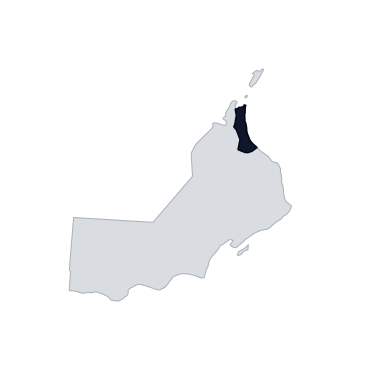 Oman, with Al Batnah North highlighted, rotated 25°
{"feature_id": "OMN-2424", "entity_name": "Al Batnah North", "entity_type": "Region", "adm_level": 1, "iso_a3": "OMN", "parent_name": "Oman", "parent_adm1": "", "projection": "natural_earth1", "projection_center": [56.548, 24.234], "detail": "fine", "context": "in_parent", "style": "filled", "palette": "ink", "viewbox_px": 384, "rotation_deg": 25, "n_neighbors": 0, "source": "natural_earth", "source_scale": "10m", "svg_char_len": 3675}
<svg xmlns="http://www.w3.org/2000/svg" viewBox="0 0 384 384"><g transform="rotate(25 192 192)"><path d="M122.4,333.4L121.0,329.6L119.5,325.8L118.0,321.9L116.5,318.1L115.5,315.4L113.7,314.5L112.7,311.6L111.6,308.7L110.5,305.8L109.4,302.9L108.4,300.0L107.3,297.1L106.2,294.2L105.1,291.3L104.1,288.4L103.0,285.5L101.9,282.6L100.9,279.7L99.8,276.7L98.7,273.8L97.6,270.9L96.6,268.0L95.5,265.1L99.0,263.7L103.2,262.1L107.5,260.4L111.7,258.7L116.0,257.1L120.2,255.4L124.4,253.7L128.7,252.1L132.9,250.4L137.2,248.7L141.4,247.1L145.6,245.4L149.9,243.7L154.1,242.0L158.4,240.4L162.6,238.7L166.8,237.0L169.4,236.0L170.5,232.1L171.4,228.9L172.4,225.7L173.3,222.5L174.2,219.2L175.1,216.0L176.0,212.8L176.9,209.6L177.8,206.3L178.7,203.1L179.6,199.9L180.5,196.7L181.4,193.4L182.3,190.2L183.2,187.0L184.1,183.8L185.0,180.5L185.8,177.6L184.3,174.7L182.2,170.9L180.1,166.9L178.0,163.1L176.5,160.4L174.8,157.1L175.0,152.8L174.9,150.7L175.1,147.5L176.9,142.9L178.9,137.2L180.4,133.4L181.7,130.0L182.7,127.3L183.3,124.6L183.0,122.7L182.3,122.0L181.7,121.0L183.7,119.6L187.3,118.6L189.3,118.8L192.1,118.1L194.3,117.5L194.5,116.6L193.9,115.2L193.0,113.0L189.8,112.8L188.9,112.2L190.0,109.1L189.9,108.1L189.5,107.0L189.1,105.0L189.3,102.5L189.9,100.8L190.0,99.4L189.6,96.5L189.8,94.0L190.4,92.7L191.6,91.6L192.7,91.0L193.8,91.0L194.7,91.5L195.1,92.8L194.9,93.8L194.2,93.9L194.0,94.3L194.9,96.0L196.3,97.8L197.3,97.5L198.5,96.1L199.7,95.0L201.2,94.0L202.3,92.2L203.3,90.9L204.2,90.8L206.6,98.4L210.3,105.6L213.6,109.6L216.9,114.9L222.1,119.9L224.4,121.6L234.0,125.0L239.2,126.3L246.4,127.6L251.4,130.3L253.1,130.5L255.7,129.7L257.6,129.7L262.3,133.4L263.8,136.9L265.7,138.7L267.5,141.6L268.7,144.7L272.7,149.3L275.6,154.5L278.5,158.4L281.1,160.8L285.0,161.7L288.1,162.8L288.5,165.4L288.2,168.7L287.6,171.2L284.7,176.1L284.1,179.0L280.8,184.0L277.2,192.2L275.6,194.1L269.9,198.3L265.6,203.5L260.6,212.4L256.8,221.2L255.4,224.0L252.3,224.6L250.2,224.4L248.8,223.5L249.4,221.1L249.7,218.4L247.9,218.7L246.2,219.3L242.4,225.9L240.3,228.8L239.9,232.5L238.9,237.2L237.4,241.6L236.7,245.3L236.8,247.3L237.9,252.4L238.0,257.6L238.6,260.8L239.2,264.5L237.4,265.7L235.8,266.2L229.7,266.6L223.5,267.8L218.1,270.0L214.9,272.2L210.7,277.0L208.1,289.3L204.0,294.5L201.2,295.5L194.5,296.0L185.0,297.4L181.7,298.7L176.1,306.2L175.7,308.5L176.8,310.2L177.1,312.1L176.6,313.9L174.1,318.6L171.4,322.1L164.2,324.2L161.5,322.9L159.1,322.3L154.4,322.2L146.8,323.0L143.9,325.6L139.5,327.4L135.4,330.2L127.7,331.2L122.4,333.4ZM202.0,71.2L201.5,71.8L200.8,71.9L199.2,71.3L198.3,70.0L198.4,68.4L198.5,65.4L198.9,62.6L198.8,59.6L197.6,59.0L196.7,59.1L198.8,54.9L199.5,54.3L200.3,54.6L202.2,54.1L203.2,51.8L203.9,50.6L204.8,50.7L205.2,51.4L204.9,54.9L204.9,57.8L203.8,66.7L202.7,68.2L202.2,69.5L202.0,71.2ZM261.5,229.5L259.9,230.0L259.5,229.8L259.5,226.1L263.1,221.4L265.4,216.1L267.1,220.9L264.2,223.5L262.7,228.1L261.5,229.5ZM201.6,83.3L200.6,84.1L199.8,83.9L200.0,82.4L200.4,81.3L201.5,81.4L201.7,82.0L201.6,83.3Z" fill="#d9dde1" stroke="#a8b0b8" stroke-width="1"/><path d="M196.6,98.0L197.1,98.0L197.6,97.9L197.8,97.6L198.0,97.1L198.5,96.4L198.9,95.3L199.3,95.1L200.2,95.0L200.6,94.7L201.4,93.9L201.5,93.7L202.2,93.2L202.3,92.9L202.4,92.7L202.4,92.2L202.5,91.2L202.7,90.9L204.0,90.8L204.6,93.1L206.1,96.7L206.4,97.0L206.6,97.7L206.7,98.9L209.6,104.8L210.2,105.6L211.6,106.9L214.2,110.5L214.7,111.4L215.0,112.0L215.2,112.8L217.6,115.9L220.5,118.6L222.8,120.7L223.6,121.2L227.0,122.7L231.5,124.0L232.1,124.3L229.2,129.7L226.1,132.7L223.1,133.8L216.0,134.2L215.6,133.6L213.3,124.1L206.1,117.1L202.3,115.2L202.2,112.7L199.8,103.8L196.5,99.2L196.6,98.0L196.6,98.0Z" fill="#0f172a" stroke="#020617" stroke-width="1.5"/></g></svg>